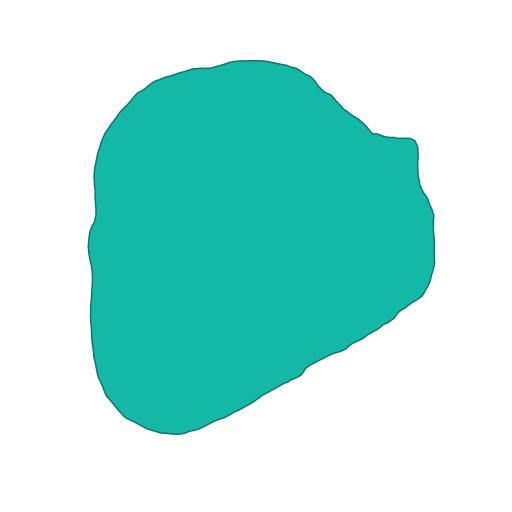 Kolhumadulu, Maldives (Equal Earth projection), rotated 12°
{"feature_id": "70690204B68081100071984", "entity_name": "Kolhumadulu", "entity_type": "district", "adm_level": 2, "iso_a3": "MDV", "parent_name": "Maldives", "parent_adm1": "", "projection": "equal_earth", "projection_center": [73.121, 2.361], "detail": "fine", "context": "isolated", "style": "filled", "palette": "teal", "viewbox_px": 512, "rotation_deg": 12, "n_neighbors": 0, "source": "geoboundaries", "source_scale": "gbopen_adm2", "svg_char_len": 3450}
<svg xmlns="http://www.w3.org/2000/svg" viewBox="0 0 512 512"><g transform="rotate(12 256 256)"><path d="M198.9,448.9L205.2,448.1L211.7,447.5L218.3,446.2L223.3,444.1L226.9,441.5L235.1,437.7L239.6,434.5L243.9,430.9L248.3,427.1L253.3,423.7L258.9,420.5L263.4,416.7L267.1,413.2L271.8,409.9L275.9,406.2L280.6,402.2L284.5,398.5L287.6,394.9L291.8,390.4L296.9,386.2L301.6,382.0L305.6,378.4L310.2,374.5L312.9,373.1L316.4,369.4L318.6,368.2L320.8,366.6L324.6,363.4L326.5,359.5L327.7,355.9L330.7,352.3L334.1,349.4L337.8,346.3L341.5,343.3L344.5,340.9L347.6,338.4L350.6,336.2L353.5,334.3L355.9,333.1L357.5,332.3L358.9,331.5L363.5,327.8L366.0,324.2L368.2,321.7L371.7,319.1L373.8,317.3L376.7,315.4L379.0,313.0L380.4,311.2L381.7,309.6L383.4,308.2L384.6,307.2L387.8,304.5L390.2,302.4L392.0,300.2L393.4,298.3L394.5,296.9L396.9,295.0L398.6,293.9L399.9,292.6L401.1,291.4L402.4,289.9L403.3,289.1L404.7,286.2L405.7,284.0L407.4,281.0L409.8,278.2L412.4,276.1L414.7,273.2L416.4,271.1L419.1,268.3L421.2,266.6L423.2,264.6L424.8,262.8L426.4,261.0L427.2,259.5L428.2,256.7L429.0,253.6L430.3,249.8L431.1,246.8L431.6,244.1L431.6,238.2L432.0,233.9L432.2,230.2L432.2,225.5L431.2,222.5L430.0,217.8L429.9,216.2L428.7,210.6L427.8,206.0L426.5,201.4L425.2,197.3L423.8,192.9L423.1,188.8L422.1,184.1L421.6,179.5L419.7,176.4L417.5,172.6L415.3,170.0L412.4,165.0L410.3,162.4L406.8,159.5L403.9,155.9L401.2,151.9L399.3,146.8L397.3,141.9L396.3,137.5L395.2,133.4L394.6,130.1L394.1,125.7L393.0,121.0L391.8,116.6L390.1,113.6L387.4,110.3L384.4,109.4L381.3,109.0L376.9,110.0L374.0,110.6L370.8,111.4L366.2,111.4L362.3,112.2L357.3,112.6L352.4,111.9L349.1,111.3L346.0,112.2L343.7,111.8L340.5,109.3L338.1,107.2L335.0,105.1L331.4,102.9L327.4,100.8L324.0,99.5L320.2,98.3L315.6,95.9L311.6,94.3L309.0,92.5L306.1,90.4L301.0,86.9L297.6,84.0L294.9,82.6L289.3,81.7L285.1,79.1L281.7,76.9L277.4,72.8L273.3,70.0L271.1,68.9L266.3,68.0L262.6,66.4L260.3,65.4L255.7,64.0L252.0,64.2L246.6,63.1L243.0,63.3L233.8,63.4L230.9,63.4L227.2,63.4L222.2,63.8L218.4,64.5L215.4,64.9L211.2,65.9L205.1,67.4L200.6,68.3L194.5,70.2L189.8,72.2L185.8,74.6L182.7,76.4L180.2,77.8L177.4,79.0L173.4,81.4L169.5,82.4L166.4,83.3L163.4,83.7L160.3,84.7L155.8,85.9L152.1,88.1L147.5,90.6L143.7,92.4L140.2,94.5L137.1,96.4L133.6,98.3L130.2,100.0L126.8,102.2L122.9,104.8L120.7,106.1L117.3,109.5L115.3,112.0L112.4,115.7L109.8,118.2L106.4,121.0L104.3,124.4L102.3,128.3L100.7,131.2L98.6,135.1L95.5,139.4L93.2,143.4L91.4,147.8L89.5,152.0L86.9,157.3L85.1,161.9L83.0,167.0L81.6,172.8L81.0,177.1L80.6,181.6L80.1,186.3L79.8,189.8L79.9,193.5L80.0,198.1L79.9,201.9L80.2,205.9L80.6,208.6L81.0,211.4L82.3,216.6L83.5,221.1L85.0,225.0L85.8,229.0L86.3,231.8L87.9,237.3L89.3,241.9L90.0,244.4L90.9,249.0L91.0,253.7L90.7,256.9L89.9,259.7L89.1,262.5L88.7,265.3L88.5,267.9L89.1,275.2L89.7,279.9L90.2,282.4L92.2,288.8L93.6,292.0L94.3,293.9L96.0,297.5L97.9,301.7L99.2,306.0L100.5,310.7L101.8,317.7L102.5,323.2L103.2,327.0L103.9,331.7L104.4,336.9L105.3,342.2L106.1,346.4L107.1,351.3L108.4,355.9L109.6,359.4L110.6,363.1L111.5,366.6L112.6,371.1L114.1,375.5L115.3,378.9L116.4,381.8L117.1,384.1L118.4,388.5L120.2,392.0L122.0,396.1L123.7,400.2L125.5,404.5L127.8,408.5L130.7,412.2L133.4,415.9L134.9,418.4L137.2,421.8L139.2,424.3L142.7,426.8L144.7,428.4L146.7,430.0L149.9,432.5L153.4,435.4L158.2,438.8L160.6,440.5L163.9,441.9L169.1,443.1L172.0,443.7L174.2,444.4L177.0,445.2L182.8,446.9L185.8,447.8L192.9,448.3L198.9,448.9Z" fill="#14b8a6" stroke="#0f766e" stroke-width="1.5"/></g></svg>